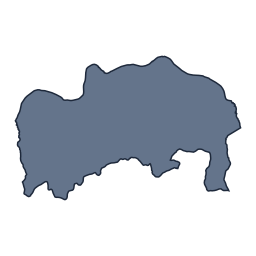 Kap Choeng, Surin, Thailand
{"feature_id": "78962969B82717955014572", "entity_name": "Kap Choeng", "entity_type": "district", "adm_level": 2, "iso_a3": "THA", "parent_name": "Thailand", "parent_adm1": "Surin", "projection": "robinson", "projection_center": [103.538, 14.468], "detail": "fine", "context": "isolated", "style": "filled", "palette": "slate", "viewbox_px": 256, "rotation_deg": 0, "n_neighbors": 0, "source": "geoboundaries", "source_scale": "gbopen_adm2", "svg_char_len": 5783}
<svg xmlns="http://www.w3.org/2000/svg" viewBox="0 0 256 256"><path d="M228.8,190.7L228.2,189.3L226.4,186.1L225.5,183.1L224.0,180.0L224.0,178.9L224.8,175.7L225.7,171.2L226.2,170.5L227.8,169.2L228.2,168.7L230.3,164.4L230.4,163.9L230.4,163.0L229.8,161.6L228.9,159.9L228.7,157.9L228.0,157.6L227.2,153.5L227.1,152.7L227.4,149.5L227.0,147.5L226.9,145.1L226.7,144.6L225.6,143.4L225.8,142.2L225.7,141.0L225.9,140.1L225.8,139.7L226.1,139.4L225.8,138.8L226.0,138.3L226.7,137.7L227.1,136.9L227.4,136.6L227.5,136.0L227.7,135.6L240.6,127.8L239.9,125.6L239.7,123.2L239.2,121.9L238.9,121.5L238.8,120.5L238.2,120.0L237.8,118.6L237.4,118.4L236.4,116.6L236.3,114.8L236.5,114.2L236.4,114.0L236.5,113.8L236.7,113.7L236.5,113.4L235.8,113.3L235.3,112.9L235.5,112.6L235.5,111.8L235.6,111.7L236.1,111.9L236.1,110.3L236.3,109.3L236.2,108.3L235.8,106.8L235.2,106.3L234.6,106.0L235.1,105.5L235.1,105.0L234.9,104.8L234.7,104.4L234.5,104.2L234.4,103.8L233.4,103.6L233.3,103.0L232.9,103.0L232.8,102.7L231.9,102.7L231.6,101.7L231.3,100.9L228.1,100.3L226.9,99.8L225.9,98.9L225.5,98.0L224.9,95.7L224.4,93.0L223.9,91.1L222.6,88.5L220.9,86.2L219.0,84.7L215.7,82.4L209.7,79.0L208.8,78.2L204.2,76.7L203.1,76.0L202.2,75.8L199.0,75.4L193.4,75.1L189.3,74.4L187.4,73.8L181.8,70.5L179.4,68.4L173.8,64.0L171.3,60.4L170.1,59.1L168.3,58.0L165.7,56.8L164.4,56.4L163.9,56.6L162.8,56.7L162.6,56.5L162.4,56.6L161.9,56.4L157.9,57.3L156.4,58.3L154.0,60.4L152.8,61.1L152.7,61.5L152.3,61.6L152.1,61.5L149.5,64.0L148.0,64.7L145.6,65.7L142.5,66.3L140.6,66.3L133.3,64.4L132.0,64.5L129.9,64.9L127.8,64.9L126.8,65.0L121.3,66.5L117.0,68.5L111.9,71.1L110.9,71.4L109.4,72.5L107.5,73.3L106.2,73.4L105.2,73.1L104.6,72.5L104.3,72.7L103.9,71.8L103.2,71.3L103.3,71.1L101.4,70.1L101.1,69.6L100.7,69.5L100.4,69.0L100.4,68.8L99.1,67.4L98.5,67.4L98.3,66.4L96.5,65.0L95.5,64.6L94.2,64.3L92.5,64.6L90.7,65.5L88.0,67.2L87.2,68.0L86.5,69.0L85.8,72.7L85.5,77.9L85.2,80.3L84.9,81.4L83.9,84.1L83.6,85.4L83.5,87.1L83.7,91.9L83.5,93.7L83.1,94.9L81.3,96.7L79.3,98.5L78.7,98.8L77.6,99.2L73.4,100.2L71.6,100.5L70.3,100.5L67.3,100.0L65.6,100.2L64.2,100.1L63.3,99.7L61.8,97.8L60.7,97.0L56.2,94.6L51.8,92.7L44.8,90.7L41.5,90.5L39.2,89.8L37.6,89.8L34.7,90.6L34.0,90.9L27.0,96.2L25.2,98.0L22.1,102.6L21.5,103.6L20.2,109.9L19.6,111.9L18.1,114.9L17.1,117.8L16.4,118.8L15.7,120.5L15.4,120.8L15.9,121.9L16.4,122.1L16.5,122.7L16.8,123.1L16.7,124.2L16.8,124.5L16.5,124.6L16.5,124.9L17.0,124.8L17.0,125.3L17.3,125.4L17.6,126.2L17.4,126.9L17.7,127.2L17.6,127.5L18.2,128.3L18.1,129.2L18.2,129.3L18.6,129.4L18.6,129.9L18.8,130.0L19.0,130.7L19.4,131.0L19.4,131.4L19.5,131.6L19.4,132.2L19.3,132.3L19.3,132.7L18.9,133.0L19.4,134.4L19.4,134.9L19.0,135.3L18.9,135.6L18.8,137.1L18.9,137.6L19.5,137.8L19.5,138.0L20.0,138.9L20.1,139.5L19.7,140.6L19.3,141.1L17.9,142.2L17.7,142.8L17.5,144.9L17.8,145.9L19.1,147.2L19.7,148.3L19.7,149.3L20.3,150.5L20.4,151.1L20.3,152.2L20.6,152.6L20.7,156.5L20.5,158.3L20.7,160.3L21.0,161.2L21.9,163.1L22.9,164.3L23.1,165.0L23.2,166.6L23.7,167.7L25.1,169.9L25.3,170.9L25.9,172.6L26.7,174.2L26.4,174.8L26.0,175.3L25.4,176.2L25.5,178.1L25.1,179.0L24.3,180.1L23.3,181.2L22.5,181.9L22.5,182.3L22.9,182.9L23.9,186.7L24.7,189.1L24.5,191.0L24.0,193.2L24.3,194.0L25.7,194.7L26.9,195.7L28.4,196.5L29.1,196.5L30.5,195.9L30.5,196.1L30.8,194.8L31.9,193.7L32.8,192.4L34.2,189.3L35.1,188.2L37.0,186.7L38.9,185.4L40.9,184.6L44.7,182.0L45.8,181.6L46.3,181.6L46.8,181.7L47.3,182.1L47.7,183.1L48.1,185.4L48.1,188.9L48.4,189.6L49.0,189.9L49.9,189.8L50.5,189.4L50.8,189.3L51.2,189.3L51.8,189.6L52.3,190.3L53.2,193.2L54.9,196.8L55.1,197.0L56.2,197.3L58.0,197.3L60.1,197.6L61.6,198.1L64.3,199.5L65.0,199.6L65.6,199.4L66.3,198.9L66.9,198.0L67.2,196.8L67.4,193.9L68.4,191.7L68.7,191.3L69.3,190.9L72.6,190.1L73.3,189.4L73.8,188.0L74.2,185.1L74.4,184.3L74.6,183.9L76.5,183.3L77.2,183.5L78.1,184.6L78.7,185.0L80.1,185.1L80.5,185.0L81.0,184.6L82.9,181.9L83.2,180.6L83.4,177.7L83.8,176.9L84.0,176.6L86.1,175.6L89.4,174.4L91.9,174.0L94.9,172.6L95.3,172.6L95.7,172.9L96.3,174.0L97.3,174.9L98.4,175.3L99.2,175.1L100.5,173.7L100.7,172.7L100.5,170.9L101.2,169.1L101.6,168.3L102.0,168.0L104.5,166.9L105.3,166.3L106.4,165.0L109.1,163.7L111.2,163.0L114.1,162.8L117.1,162.2L117.6,162.0L119.9,159.4L120.8,158.9L121.4,158.9L122.1,159.3L123.0,159.4L124.4,158.9L125.0,158.8L125.7,159.0L126.9,159.8L128.0,160.0L128.5,159.7L129.8,158.3L130.1,158.3L131.0,157.5L131.8,157.4L133.5,157.7L135.1,157.6L136.6,158.2L138.1,159.1L138.5,159.8L140.1,161.3L142.8,164.7L143.4,165.2L145.7,164.8L146.2,164.8L147.2,165.4L147.9,165.4L148.6,165.1L149.8,163.8L150.1,163.7L150.5,164.2L150.9,165.7L151.5,167.9L151.7,170.3L152.4,171.4L152.1,172.5L152.5,173.6L152.7,174.0L154.0,175.1L155.2,176.4L155.6,176.7L156.8,176.9L158.8,176.9L160.5,175.6L162.3,173.5L163.1,172.8L164.6,172.2L166.6,171.0L169.1,170.3L171.4,169.0L173.4,168.2L174.3,167.7L174.9,167.8L176.2,168.4L176.7,168.4L176.9,168.1L177.4,168.5L177.8,168.5L178.7,165.8L179.6,164.2L179.7,163.3L179.5,162.8L179.1,162.3L178.1,161.9L177.7,161.5L175.9,161.2L174.0,160.2L173.3,160.1L171.0,160.4L170.3,160.1L171.2,158.2L171.8,156.3L172.1,155.9L174.9,152.9L175.5,152.6L176.3,151.9L176.7,150.9L177.1,150.5L178.3,149.6L179.7,149.0L181.4,149.5L183.3,150.6L185.7,151.2L186.8,151.6L189.0,151.5L193.6,152.1L195.5,151.2L198.0,149.3L199.8,149.1L200.8,149.2L202.0,149.4L205.3,151.2L209.3,152.3L210.0,153.3L210.4,154.7L210.7,158.2L210.6,159.7L209.8,162.1L209.6,164.5L209.3,165.7L208.8,166.7L206.7,168.6L205.8,170.4L205.8,171.0L206.1,172.1L206.0,174.5L205.4,176.5L205.5,178.7L205.2,179.5L204.6,180.4L204.3,182.7L204.6,184.3L206.5,188.1L206.7,189.4L207.5,190.5L208.2,190.9L208.6,191.0L210.6,190.6L212.1,190.8L214.7,190.5L216.6,190.0L218.8,189.1L219.8,188.9L221.0,188.9L222.5,190.0L223.6,190.5L225.2,190.5L227.6,190.4L228.8,190.7Z" fill="#64748b" stroke="#1e293b" stroke-width="1.5"/></svg>